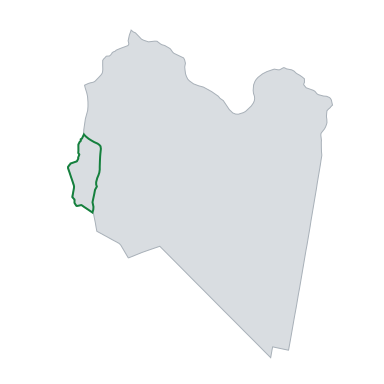 Libya, with Ghat highlighted, rotated 12°
{"feature_id": "LBY-2968", "entity_name": "Ghat", "entity_type": "Municipality", "adm_level": 1, "iso_a3": "LBY", "parent_name": "Libya", "parent_adm1": "", "projection": "equal_earth", "projection_center": [10.299, 26.072], "detail": "fine", "context": "in_parent", "style": "outline", "palette": "green", "viewbox_px": 384, "rotation_deg": 12, "n_neighbors": 0, "source": "natural_earth", "source_scale": "10m", "svg_char_len": 4043}
<svg xmlns="http://www.w3.org/2000/svg" viewBox="0 0 384 384"><g transform="rotate(12 192 192)"><path d="M67.9,107.5L69.8,106.4L72.5,105.2L73.8,104.2L74.4,103.4L76.4,100.2L77.5,98.4L78.9,96.0L79.5,94.3L79.5,92.7L79.3,90.8L78.2,86.2L77.3,81.8L78.0,80.1L78.6,79.3L79.8,77.2L80.3,76.8L82.9,76.2L84.0,74.8L84.8,73.1L85.0,72.2L86.1,71.2L87.5,70.3L88.4,69.0L91.1,67.1L93.7,65.4L96.6,63.6L98.9,62.1L99.4,60.9L99.3,59.9L98.1,57.4L98.1,54.6L98.1,52.2L98.2,50.8L98.8,46.9L98.8,46.3L101.2,47.6L103.6,48.1L110.8,53.0L113.1,53.6L118.2,54.2L124.1,52.2L126.4,51.8L130.3,53.7L132.0,54.2L134.9,54.4L139.9,56.0L141.2,56.6L144.1,59.3L145.5,60.1L155.9,62.6L157.3,64.3L158.8,67.4L158.9,71.3L159.8,74.1L161.1,77.8L162.7,80.4L164.5,82.6L166.5,83.9L171.0,85.9L176.2,86.7L181.3,87.0L190.3,89.7L197.9,92.9L199.8,94.5L203.6,96.1L211.3,103.6L215.5,106.2L218.5,106.7L221.1,106.3L225.7,103.7L227.6,102.1L232.1,95.6L233.5,92.2L234.0,89.8L233.8,87.4L233.1,85.2L231.7,82.9L230.7,79.9L230.0,74.5L230.6,70.7L231.4,68.5L232.7,66.2L236.4,61.8L240.2,58.7L246.9,54.7L250.8,54.6L252.4,54.2L255.6,51.4L256.9,51.3L258.8,51.9L264.1,51.8L266.6,52.5L269.5,54.3L273.1,55.4L275.7,56.5L278.4,57.9L279.2,61.4L278.9,62.5L278.9,63.8L281.9,66.3L289.9,67.4L291.5,68.1L293.7,69.9L295.2,70.5L300.6,70.8L303.8,70.4L306.8,71.0L308.0,71.7L309.2,73.1L310.8,76.6L311.4,77.8L310.9,78.4L310.1,79.7L309.6,80.8L308.2,82.6L307.1,84.5L307.4,87.3L307.8,90.2L308.8,93.0L309.6,96.1L309.5,98.1L309.1,100.6L308.5,102.7L306.3,107.1L306.0,108.1L306.2,109.6L307.9,114.7L308.1,116.3L309.2,121.3L310.2,125.4L311.2,128.6L311.4,129.5L311.6,134.2L311.9,138.9L312.1,143.7L312.3,148.4L312.5,153.1L312.7,157.9L313.0,162.6L313.2,167.4L313.4,172.2L313.6,176.9L313.8,181.7L314.0,186.5L314.2,191.3L314.4,196.1L314.7,200.9L314.9,205.7L315.1,210.5L315.3,215.3L315.5,220.1L315.6,224.9L315.8,229.8L316.0,234.6L316.2,239.4L316.4,244.3L316.6,249.1L316.8,254.0L317.0,258.8L317.2,263.7L317.3,268.5L317.5,273.4L317.7,278.3L317.9,283.1L318.2,294.0L318.6,304.8L319.0,315.7L319.3,326.6L319.2,326.7L315.1,326.7L311.1,326.7L307.1,326.7L303.1,326.7L303.1,329.5L303.2,332.2L303.3,334.9L303.4,337.7L295.4,332.5L287.5,327.3L279.5,322.1L271.6,317.0L263.7,311.8L255.7,306.6L247.8,301.5L239.9,296.3L232.1,291.2L224.2,286.0L216.3,280.9L208.5,275.8L200.6,270.6L192.8,265.5L185.0,260.4L177.2,255.3L171.8,251.8L166.1,255.2L161.6,257.9L155.7,261.5L148.9,266.1L143.7,269.6L143.2,269.5L137.7,263.5L133.4,258.8L131.5,257.5L123.4,255.1L115.5,252.7L107.1,250.2L105.5,246.4L103.8,242.1L101.5,236.8L100.1,233.5L99.6,233.0L93.2,230.5L86.4,227.9L82.4,229.5L81.7,229.3L80.6,228.4L79.5,227.1L78.9,225.2L77.3,222.8L75.8,217.2L75.7,212.8L75.4,211.2L71.9,204.9L68.7,199.2L66.6,195.5L66.2,193.8L66.4,191.7L67.3,189.8L70.4,187.5L73.2,185.1L73.6,183.4L73.7,178.8L72.8,177.4L72.2,174.6L71.5,170.9L71.4,168.6L72.7,163.9L74.1,158.9L73.2,153.5L72.5,142.6L73.0,134.0L72.6,130.9L72.4,129.6L71.5,125.5L70.3,121.4L69.8,119.9L68.3,116.6L65.9,112.4L64.7,109.9L66.4,108.6L67.9,107.5Z" fill="#d9dde1" stroke="#a8b0b8" stroke-width="1"/><path d="M82.0,229.6L81.7,229.5L79.6,227.4L79.3,227.0L79.1,226.2L78.8,224.2L78.5,223.7L76.1,222.0L75.9,221.4L75.9,218.4L75.8,215.4L75.7,212.6L75.5,211.2L74.9,209.8L72.5,205.7L70.5,202.4L68.1,198.3L65.8,194.5L65.5,193.3L65.9,192.3L66.1,191.9L66.4,191.1L66.9,190.5L67.1,190.2L67.1,189.8L67.2,189.4L72.8,186.1L73.1,185.7L73.8,183.0L73.7,182.5L73.5,181.9L73.6,181.2L74.0,178.9L73.9,178.6L73.7,178.4L73.0,177.9L72.8,177.7L72.6,177.3L72.3,175.1L71.0,169.4L71.0,169.0L71.1,168.7L71.3,167.9L71.6,166.6L71.8,166.2L72.5,165.3L72.6,164.9L72.4,164.4L72.2,163.9L72.2,163.5L72.6,163.2L73.0,162.9L73.3,162.4L74.3,158.2L74.4,158.3L76.7,159.8L79.8,161.4L82.8,162.5L85.9,163.5L89.6,164.3L91.6,165.2L93.0,166.3L93.9,168.7L94.4,173.6L94.8,176.6L95.5,180.9L96.5,186.5L97.1,189.3L97.3,192.3L97.0,195.0L96.4,198.1L96.2,202.3L96.7,204.6L97.8,206.5L96.7,210.0L96.8,214.2L96.8,218.6L96.8,222.7L98.7,227.0L99.1,229.8L98.9,232.8L93.8,230.7L90.0,229.2L86.9,227.9L86.6,227.8L86.2,227.9L84.5,228.7L82.6,229.5L82.0,229.6Z" fill="none" stroke="#15803d" stroke-width="2"/></g></svg>